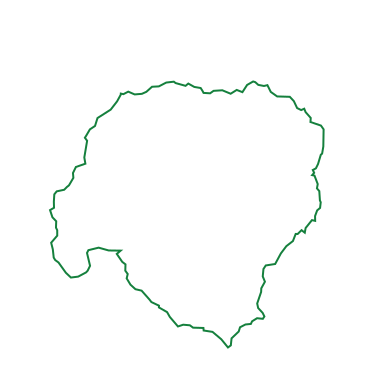 outline of Villalba, Puerto Rico, rotated 25°
{"feature_id": "32010507B77779311465946", "entity_name": "Villalba", "entity_type": "district", "adm_level": 2, "iso_a3": "PRI", "parent_name": "Puerto Rico", "parent_adm1": "", "projection": "natural_earth1", "projection_center": [-66.472, 18.13], "detail": "fine", "context": "isolated", "style": "outline", "palette": "green", "viewbox_px": 384, "rotation_deg": 25, "n_neighbors": 0, "source": "geoboundaries", "source_scale": "gbopen_adm2", "svg_char_len": 1980}
<svg xmlns="http://www.w3.org/2000/svg" viewBox="0 0 384 384"><g transform="rotate(25 192 192)"><path d="M258.5,69.1L256.3,71.6L251.8,71.5L245.9,66.6L240.4,64.4L228.8,69.4L221.1,68.0L215.2,63.3L212.4,65.5L206.8,66.9L202.9,65.7L200.7,66.0L196.7,71.7L195.5,80.2L189.4,80.6L185.5,86.6L176.5,87.0L168.8,91.2L166.7,94.9L160.6,97.3L158.6,95.8L155.9,94.1L149.7,95.8L142.8,95.3L141.3,98.5L131.1,100.2L128.9,99.7L122.4,103.7L117.3,110.3L111.3,113.5L108.3,120.5L105.1,124.2L98.8,127.8L91.8,128.0L88.5,132.3L85.9,132.9L86.3,134.0L85.8,141.5L83.5,151.7L75.1,164.9L76.2,173.1L73.0,178.4L72.3,185.8L72.0,188.1L75.3,189.9L79.8,206.2L83.4,211.4L76.2,218.4L76.1,225.1L78.5,229.3L77.7,237.8L77.3,238.8L76.6,240.1L75.2,244.0L69.1,248.6L68.2,252.3L70.9,259.2L73.6,264.6L71.0,268.4L76.2,273.9L81.3,275.9L83.8,281.8L86.0,283.6L88.3,288.5L85.8,297.5L90.1,302.8L94.4,309.9L96.8,311.5L100.8,312.3L111.8,318.5L118.4,320.7L124.6,316.8L130.0,309.6L130.7,307.4L130.8,302.0L122.6,291.6L122.7,288.5L130.9,281.9L141.2,280.2L152.1,275.3L150.0,279.9L158.3,284.8L162.3,285.7L164.8,291.5L168.4,293.5L169.3,297.9L175.4,302.0L181.8,304.0L188.0,302.7L198.8,307.4L201.7,308.9L210.1,309.0L210.8,310.6L220.2,311.4L224.7,314.6L236.1,319.8L240.1,316.0L246.4,313.7L250.3,314.5L259.8,310.4L261.1,312.6L269.7,310.1L280.8,313.1L290.3,317.7L292.0,314.6L289.7,307.9L293.3,298.7L292.7,294.3L296.4,289.5L301.1,286.7L301.1,283.8L304.3,278.9L309.8,277.0L310.2,274.2L307.1,271.7L301.0,269.2L298.2,265.5L296.9,253.4L295.5,250.0L296.0,242.5L291.8,238.6L289.3,231.6L289.9,227.4L297.8,222.1L298.5,210.1L300.4,201.2L304.2,193.8L303.7,186.2L305.5,185.4L307.4,180.3L311.4,181.2L310.2,176.6L312.6,166.8L315.8,166.1L313.7,161.8L313.2,155.8L314.8,152.3L313.0,146.9L311.5,145.6L307.0,137.4L303.7,135.9L302.6,131.7L296.1,125.4L293.8,125.9L294.6,123.0L292.2,121.0L294.3,118.2L294.4,113.4L293.0,103.8L293.7,102.2L291.8,95.3L284.8,79.6L280.8,77.3L269.8,78.5L268.3,74.7L261.2,71.6L258.5,69.1Z" fill="none" stroke="#15803d" stroke-width="2"/></g></svg>